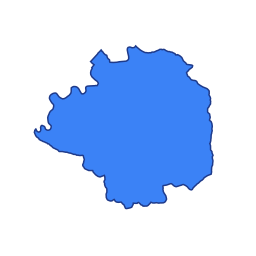 Alma, Sibiu, Romania (orthographic projection), rotated 159°
{"feature_id": "2599482B74056506613353", "entity_name": "Alma", "entity_type": "district", "adm_level": 2, "iso_a3": "ROU", "parent_name": "Romania", "parent_adm1": "Sibiu", "projection": "orthographic", "projection_center": [24.465, 46.229], "detail": "fine", "context": "isolated", "style": "filled", "palette": "blue", "viewbox_px": 256, "rotation_deg": 159, "n_neighbors": 0, "source": "geoboundaries", "source_scale": "gbopen_adm2", "svg_char_len": 5789}
<svg xmlns="http://www.w3.org/2000/svg" viewBox="0 0 256 256"><g transform="rotate(159 128 128)"><path d="M100.7,201.2L101.3,197.9L101.7,194.8L102.3,193.0L102.7,192.2L103.3,191.7L104.7,191.2L105.8,191.1L112.1,192.9L114.9,193.4L118.1,194.4L121.3,195.8L121.3,196.8L120.9,197.8L120.9,198.4L121.7,199.7L122.0,200.6L122.0,202.1L121.8,203.1L121.8,203.4L121.9,203.7L122.6,204.1L123.1,204.8L123.9,206.5L124.1,207.4L124.4,208.6L124.9,208.9L124.9,209.9L125.1,210.5L127.5,209.3L128.4,209.0L129.4,208.5L129.7,208.1L139.1,203.4L138.8,202.9L138.3,201.4L137.0,199.2L140.2,197.3L140.0,196.6L141.9,194.9L143.1,193.0L143.6,191.3L143.5,189.9L143.3,188.6L141.5,184.8L140.0,182.5L139.7,181.1L139.7,180.3L141.2,178.9L141.7,178.6L142.8,179.2L143.9,179.4L149.7,181.3L150.9,181.6L152.0,181.6L152.8,181.1L153.2,180.4L153.8,178.0L154.1,177.5L155.0,176.6L156.4,176.1L157.1,175.9L158.6,176.3L159.1,176.8L159.6,179.4L159.9,182.0L160.5,183.7L161.3,184.8L162.6,185.7L164.0,186.2L165.2,186.2L166.6,185.8L167.8,182.8L168.1,182.1L168.9,181.0L169.8,180.4L171.2,179.6L173.7,179.0L174.2,178.7L175.7,178.4L177.1,178.3L178.7,178.7L180.3,180.4L181.2,181.8L181.6,183.1L182.1,185.1L182.4,185.9L183.0,186.5L183.5,186.8L185.2,187.1L186.0,187.1L187.7,186.8L189.0,186.2L189.5,185.8L190.3,184.8L190.8,183.5L190.6,181.4L190.1,178.8L189.2,176.7L189.2,176.0L189.8,174.5L190.7,173.3L191.2,172.7L191.6,172.4L194.5,171.4L195.8,170.4L196.4,169.7L198.2,167.9L199.2,166.5L199.9,164.1L200.3,162.3L200.4,161.4L200.2,160.4L199.2,158.3L199.0,157.7L199.1,157.1L199.9,155.6L200.8,154.8L201.6,154.4L203.3,154.5L203.9,154.8L204.6,155.4L205.1,156.1L205.4,156.9L205.3,158.5L205.5,159.4L207.0,161.0L207.8,161.3L208.0,161.3L208.6,160.8L209.4,159.9L210.0,157.7L210.4,157.1L211.2,156.3L211.8,156.1L212.7,156.2L213.0,156.3L213.6,156.9L214.2,157.8L214.4,160.1L214.6,160.1L214.9,159.7L215.3,159.4L215.9,159.3L216.2,158.3L216.8,157.9L216.9,157.7L217.0,157.5L216.9,154.0L216.7,153.3L216.5,152.5L215.3,150.7L215.0,149.9L215.0,149.1L214.8,148.9L214.1,148.0L213.6,147.4L212.9,146.9L212.2,145.9L211.0,145.0L210.1,143.9L209.2,143.2L208.8,142.7L208.7,142.1L208.0,141.8L207.5,141.3L206.6,139.2L206.0,138.8L205.2,136.7L204.3,135.6L203.5,134.9L203.2,134.4L201.9,133.2L201.3,132.4L201.1,131.9L200.8,130.9L200.4,130.6L197.8,129.6L195.1,127.9L193.6,127.2L192.1,125.9L190.5,125.0L188.1,122.8L186.7,122.3L185.5,120.9L184.4,120.6L183.5,119.9L182.4,119.4L180.5,118.9L179.8,118.4L179.7,118.0L179.9,117.2L180.0,115.0L180.1,114.2L181.4,112.5L182.0,111.4L183.3,110.1L183.6,109.5L183.6,108.6L183.6,108.0L183.2,107.2L183.1,105.8L182.6,105.1L179.9,102.4L176.2,100.9L176.3,99.4L175.4,97.0L174.9,95.8L173.4,93.6L172.2,92.7L171.6,92.3L167.1,92.3L167.1,91.0L167.3,90.6L167.3,90.0L167.5,89.5L167.8,88.7L167.9,88.2L168.1,87.9L168.8,87.5L169.2,87.0L169.6,86.5L169.7,86.3L169.7,84.2L170.1,83.6L170.2,82.2L170.1,80.6L169.7,79.8L169.6,79.3L169.7,78.4L170.7,75.7L171.8,74.5L172.2,73.9L173.2,70.8L173.1,69.1L172.9,68.4L172.7,68.0L171.3,66.7L170.4,66.1L169.3,65.8L168.4,65.8L167.2,66.3L166.4,66.2L166.2,64.3L165.8,63.6L165.1,62.9L163.7,62.1L161.3,61.4L160.8,61.1L160.2,59.0L159.4,58.1L159.2,55.9L159.2,54.5L159.0,53.8L158.9,53.7L158.2,53.3L157.2,53.1L154.6,52.7L153.1,52.7L152.6,52.9L152.3,53.3L150.7,54.7L150.3,55.2L150.0,55.9L148.1,55.0L146.4,54.4L145.7,54.8L144.8,54.7L144.5,54.1L143.7,52.6L143.5,51.8L143.3,51.5L142.2,50.6L142.0,50.3L142.0,49.7L141.8,49.6L138.4,48.4L137.6,48.4L136.9,48.6L134.3,49.8L133.2,50.5L132.1,49.4L131.5,49.0L129.8,48.4L128.2,48.1L126.3,46.9L124.1,46.3L123.2,45.9L122.7,45.8L122.0,45.5L121.1,45.5L120.0,45.7L119.4,46.0L117.8,47.4L117.5,47.8L117.3,48.8L117.0,51.0L117.1,51.7L117.7,54.5L117.8,56.3L117.5,57.2L117.4,58.3L116.7,59.3L116.5,60.6L116.1,61.3L115.8,61.6L112.4,60.9L108.5,60.8L107.5,60.5L107.2,60.2L106.0,57.9L105.5,57.1L104.5,56.2L103.9,55.9L101.5,55.7L100.6,55.7L98.6,55.5L97.4,55.6L96.4,55.3L94.9,53.7L94.2,52.7L93.6,51.7L93.0,49.7L92.3,48.5L91.5,47.8L90.9,47.5L90.0,47.6L88.7,48.7L85.9,50.0L85.2,50.2L83.3,51.1L82.0,51.3L79.3,52.5L77.4,52.8L75.6,53.6L75.0,54.1L74.7,54.3L70.7,55.1L66.9,55.1L65.6,57.2L65.6,57.7L64.2,60.9L63.6,61.9L62.3,63.1L61.7,64.5L60.5,66.8L60.3,67.7L60.2,69.0L59.6,71.0L59.4,71.2L59.0,71.4L58.4,72.0L58.5,74.5L58.1,75.9L58.3,76.7L58.7,77.6L58.7,78.1L57.3,81.9L57.2,84.3L56.5,84.6L56.0,85.6L55.4,86.2L54.9,87.4L54.0,89.0L53.7,89.8L52.7,92.0L52.0,92.8L51.7,93.2L51.3,94.0L50.4,95.2L50.0,97.1L48.8,99.2L48.5,100.3L48.1,102.1L48.1,104.0L48.2,104.4L48.8,105.3L49.1,106.2L48.9,106.5L47.7,108.1L47.4,108.6L47.3,109.1L47.2,110.1L46.8,111.8L47.9,113.9L47.9,114.6L46.8,117.4L46.5,117.8L44.8,118.8L44.1,119.6L42.3,120.9L41.9,122.1L41.4,122.9L41.2,123.7L41.2,124.8L40.7,125.3L40.3,126.1L40.2,127.2L40.3,128.4L40.5,129.4L40.4,129.9L40.4,130.3L39.7,131.3L39.4,132.4L39.0,133.3L39.1,134.0L39.4,134.9L40.0,136.2L40.4,136.7L43.5,139.6L45.4,142.0L46.2,143.2L46.9,144.3L47.0,144.7L47.1,146.4L47.2,146.9L47.6,147.5L48.4,148.3L50.0,149.1L51.7,150.4L51.9,150.9L52.5,153.3L52.7,153.7L53.7,155.1L53.6,156.0L53.6,158.6L52.0,159.6L51.0,159.8L50.4,160.4L49.9,160.7L48.0,161.1L47.1,161.5L46.4,161.6L45.3,162.9L45.3,163.0L45.6,163.6L46.1,164.0L49.6,165.9L50.5,166.5L50.6,167.2L50.7,168.0L51.4,169.2L52.2,170.8L52.5,174.5L52.8,175.1L53.4,176.3L54.7,178.0L55.4,178.6L55.5,178.5L55.8,178.8L56.7,178.9L57.2,179.1L57.4,179.3L57.4,180.3L57.5,180.6L58.9,182.0L59.4,182.7L60.0,183.2L60.9,183.5L61.4,184.1L61.9,184.5L63.4,185.1L64.1,186.0L64.9,186.7L65.7,188.0L66.0,188.3L66.8,188.7L68.1,188.9L68.5,189.4L70.0,190.0L70.6,190.0L71.5,189.7L73.7,189.8L74.6,189.7L75.4,189.6L76.7,189.6L78.4,190.3L79.7,190.0L80.3,190.4L82.3,190.9L84.2,192.0L84.9,192.2L85.9,193.2L87.1,194.5L88.5,196.3L90.8,200.4L91.4,201.9L92.7,201.1L93.5,200.9L93.8,201.0L95.4,201.4L96.6,202.5L97.3,202.9L97.8,203.1L99.2,203.1L100.0,202.5L100.7,201.2Z" fill="#3b82f6" stroke="#1e3a8a" stroke-width="1.5"/></g></svg>